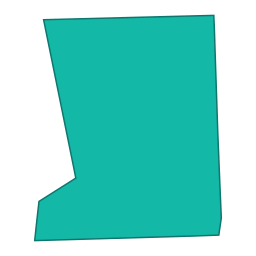 Al-Ganoub 2, Al Isma`iliyah, Egypt (orthographic projection)
{"feature_id": "37247803B49247378717422", "entity_name": "Al-Ganoub 2", "entity_type": "district", "adm_level": 2, "iso_a3": "EGY", "parent_name": "Egypt", "parent_adm1": "Al Isma`iliyah", "projection": "orthographic", "projection_center": [32.241, 30.969], "detail": "fine", "context": "isolated", "style": "filled", "palette": "teal", "viewbox_px": 256, "rotation_deg": 0, "n_neighbors": 0, "source": "geoboundaries", "source_scale": "gbopen_adm2", "svg_char_len": 356}
<svg xmlns="http://www.w3.org/2000/svg" viewBox="0 0 256 256"><path d="M43.6,19.7L73.5,166.5L75.3,175.6L75.8,178.1L39.0,201.4L36.8,220.8L36.6,223.0L36.5,223.5L34.7,240.6L35.1,240.6L186.4,236.2L188.5,236.2L218.8,235.1L221.3,217.9L219.6,177.9L217.8,133.2L214.9,45.8L214.4,29.5L213.8,15.4L43.6,19.7Z" fill="#14b8a6" stroke="#0f766e" stroke-width="1.5"/></svg>